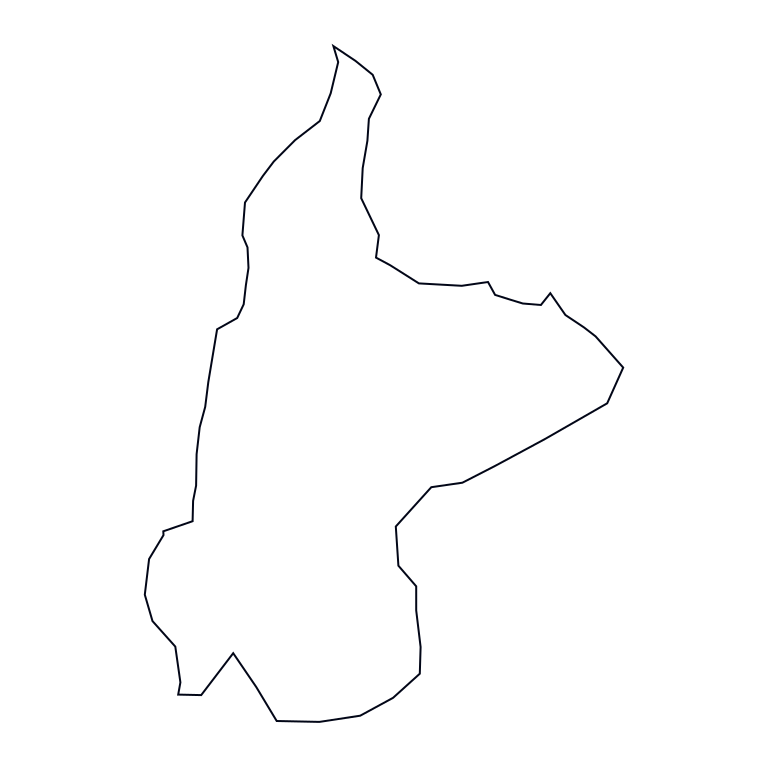 the district of Pano Akourdaleia, Paphos, Cyprus
{"feature_id": "46923920B48631542853704", "entity_name": "Pano Akourdaleia", "entity_type": "district", "adm_level": 2, "iso_a3": "CYP", "parent_name": "Cyprus", "parent_adm1": "Paphos", "projection": "orthographic", "projection_center": [32.446, 34.944], "detail": "fine", "context": "isolated", "style": "outline", "palette": "ink", "viewbox_px": 768, "rotation_deg": 0, "n_neighbors": 0, "source": "geoboundaries", "source_scale": "gbopen_adm2", "svg_char_len": 985}
<svg xmlns="http://www.w3.org/2000/svg" viewBox="0 0 768 768"><path d="M163.3,531.3L163.5,535.1L149.1,559.0L144.8,594.7L152.5,621.1L175.3,646.6L180.4,682.4L178.2,694.6L201.2,695.1L233.2,653.2L256.3,687.1L276.7,721.0L319.4,721.9L360.2,715.7L393.1,697.8L411.7,681.0L419.8,673.7L420.6,647.0L416.2,610.4L416.2,586.3L398.4,565.7L395.8,526.5L431.3,487.2L462.4,482.7L495.3,465.8L545.0,439.0L607.2,403.3L623.2,367.6L595.6,336.4L584.1,327.5L565.4,315.0L550.3,293.2L540.9,305.0L522.8,303.5L510.4,299.7L495.1,294.9L488.0,282.0L461.8,285.8L418.9,283.4L390.3,265.3L376.0,257.6L378.9,235.1L361.2,198.2L362.7,168.1L367.4,140.8L368.9,118.8L380.8,94.4L372.7,74.8L355.5,60.9L333.4,46.1L338.2,62.1L330.7,93.3L319.8,121.0L295.1,140.1L273.8,161.5L262.9,175.9L245.0,202.5L242.4,235.4L247.5,247.4L248.5,267.9L245.9,285.1L243.7,304.3L237.2,318.0L217.1,329.3L208.3,382.1L205.2,406.9L199.7,427.2L196.6,454.2L196.1,485.6L193.1,500.9L192.6,521.2L163.3,531.3Z" fill="none" stroke="#020617" stroke-width="2"/></svg>